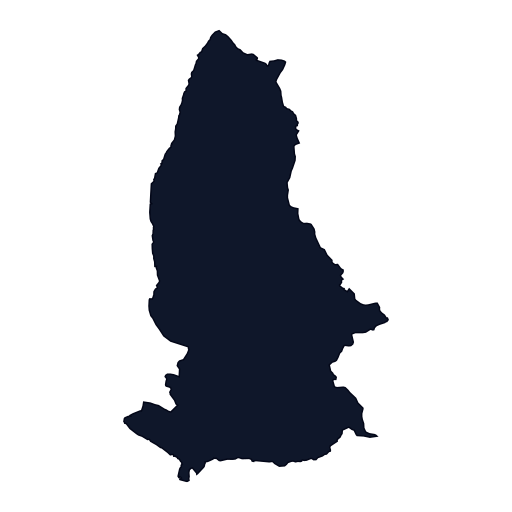 Dambovicioara, Arges, Romania
{"feature_id": "2599482B9633090752997", "entity_name": "Dambovicioara", "entity_type": "district", "adm_level": 2, "iso_a3": "ROU", "parent_name": "Romania", "parent_adm1": "Arges", "projection": "equal_earth", "projection_center": [25.229, 45.461], "detail": "fine", "context": "isolated", "style": "filled", "palette": "ink", "viewbox_px": 512, "rotation_deg": 0, "n_neighbors": 0, "source": "geoboundaries", "source_scale": "gbopen_adm2", "svg_char_len": 6058}
<svg xmlns="http://www.w3.org/2000/svg" viewBox="0 0 512 512"><path d="M376.9,436.2L375.8,435.2L374.4,434.6L369.5,433.8L366.1,432.3L365.3,431.3L363.8,428.0L363.6,423.6L362.2,419.4L361.7,416.5L361.7,413.5L362.9,408.9L362.9,408.1L357.8,403.0L355.7,398.3L349.7,392.6L347.8,390.2L345.2,387.7L343.4,387.2L337.0,387.7L335.1,387.2L334.3,386.5L332.6,380.5L333.7,379.4L335.8,379.4L336.2,377.2L335.2,376.0L333.2,374.6L332.8,373.4L330.6,371.1L329.2,364.9L332.2,362.1L334.9,361.3L336.4,360.3L338.0,357.2L339.6,353.1L341.6,351.2L342.5,348.6L344.1,345.6L345.0,345.3L348.7,345.8L350.8,345.6L352.7,344.0L353.3,342.1L351.6,334.9L351.9,333.9L355.2,332.6L362.5,332.6L365.7,332.1L370.5,329.1L372.8,329.9L373.8,329.7L374.4,327.7L376.4,325.6L379.6,324.2L384.8,322.5L385.5,321.8L386.8,321.5L388.1,319.8L387.4,318.0L386.2,318.0L384.4,315.1L381.6,313.0L379.9,311.1L379.4,309.4L379.5,307.4L377.2,303.2L375.3,303.3L368.3,305.0L365.6,305.3L363.2,304.9L360.3,303.7L355.7,300.3L354.7,299.0L354.2,293.9L349.2,288.9L347.3,291.7L344.0,289.7L344.1,288.6L342.7,288.3L339.6,285.8L339.6,284.7L340.2,284.4L341.5,282.4L341.4,280.1L343.0,279.1L340.9,276.9L340.5,275.2L342.7,272.8L343.1,271.6L343.1,270.0L341.3,269.1L340.2,268.0L337.6,264.5L335.0,264.8L332.5,263.0L331.9,262.2L331.9,260.3L327.0,255.2L324.3,249.7L320.3,247.8L315.7,237.9L314.6,234.1L314.7,232.0L314.0,229.0L311.1,224.5L310.5,224.1L306.9,223.4L303.6,223.6L301.4,222.4L299.3,220.3L298.7,218.8L297.7,213.5L297.9,208.8L293.5,207.9L291.1,206.9L289.3,205.4L287.4,197.8L287.4,195.2L288.2,190.0L287.5,187.8L287.0,182.5L289.7,177.6L291.2,170.8L292.3,168.4L295.0,160.4L295.2,156.5L294.4,154.0L293.8,146.4L294.5,145.2L295.7,144.3L299.2,143.0L297.1,138.3L296.3,135.6L296.3,134.6L298.6,130.9L296.5,129.8L295.5,128.5L295.7,127.7L295.5,126.7L296.4,125.8L297.3,125.6L297.3,124.3L298.0,123.2L298.0,122.2L296.4,120.6L296.4,118.6L295.5,115.4L293.6,113.8L292.5,111.8L291.0,111.1L289.3,109.4L286.6,108.7L285.6,107.3L284.0,106.7L283.4,106.0L282.3,102.2L281.5,97.3L281.0,95.5L280.7,91.2L279.6,88.5L275.9,82.2L275.9,81.2L276.6,79.2L280.2,72.6L282.5,69.6L284.7,64.8L285.5,62.1L284.5,61.2L281.4,60.2L277.8,59.9L274.0,61.0L270.0,61.4L269.2,63.0L268.7,65.1L268.0,65.9L267.3,66.1L266.2,64.3L264.9,63.3L256.4,60.3L256.1,59.7L257.3,58.8L257.3,57.9L253.3,54.5L251.7,54.1L247.3,54.8L243.0,52.9L240.1,49.8L237.9,48.9L236.5,47.7L235.5,46.5L234.7,44.8L232.8,42.8L231.2,40.4L227.9,36.7L225.6,34.8L222.2,33.7L219.1,30.7L215.3,32.1L212.2,35.3L210.7,37.5L210.2,39.6L208.6,41.2L207.7,43.0L205.4,46.1L202.7,48.6L201.6,51.9L200.3,52.4L198.6,54.5L197.5,55.2L198.8,57.5L198.7,58.7L196.5,61.3L196.1,63.6L195.5,64.7L194.0,69.7L193.5,70.8L191.8,72.4L191.4,74.0L191.8,76.6L191.2,77.8L189.3,79.2L188.5,80.3L189.1,83.5L188.8,85.1L186.1,88.4L186.1,91.0L184.6,91.9L183.8,93.8L183.7,94.6L182.4,98.3L182.5,100.5L181.9,103.0L181.1,105.0L179.7,107.2L179.4,109.5L180.2,112.2L179.5,114.9L178.9,115.7L178.7,117.7L177.3,124.0L175.8,126.1L175.7,128.9L175.2,131.8L175.4,136.1L174.4,140.0L171.6,143.5L171.9,144.4L171.1,145.0L170.9,147.4L169.5,148.2L166.9,151.5L166.1,153.2L165.3,154.1L163.7,159.3L162.1,160.9L162.3,161.6L161.9,162.2L162.3,163.0L162.0,163.6L160.9,163.9L161.3,164.7L161.2,165.5L158.9,168.3L157.4,172.5L156.8,173.2L155.5,173.6L154.7,178.0L153.8,179.7L154.2,181.2L151.4,183.8L150.4,202.2L151.7,203.7L150.3,204.1L149.8,212.3L150.3,218.9L151.1,221.5L152.4,223.4L153.8,226.4L153.4,227.9L153.7,229.4L153.2,230.1L153.1,233.8L152.3,235.7L153.0,240.3L153.7,241.8L153.6,242.4L152.2,244.2L152.3,248.5L152.7,253.3L153.8,255.9L153.8,258.6L154.7,261.8L154.9,266.4L156.5,266.3L156.2,267.6L157.4,270.8L157.5,275.1L159.6,280.8L159.3,282.2L156.6,285.5L157.3,287.0L157.3,288.0L155.5,289.1L154.0,291.7L153.9,295.1L153.3,296.3L153.3,297.4L152.7,298.0L152.4,299.0L149.7,298.9L149.3,299.9L149.0,306.0L149.3,310.2L150.9,315.7L152.9,318.2L156.1,324.6L159.2,328.8L163.8,335.9L170.7,341.1L187.8,346.6L188.5,347.3L188.5,348.8L189.0,349.5L187.4,353.6L183.5,359.7L179.5,361.0L178.1,362.6L177.3,365.7L179.6,369.0L179.2,376.8L173.7,374.8L170.2,374.2L167.4,374.2L165.7,375.4L165.2,376.7L166.3,377.8L166.7,379.1L166.6,380.2L166.2,380.9L165.6,384.7L165.8,385.6L166.3,386.1L169.7,387.1L170.8,388.0L171.3,389.4L169.9,392.0L169.9,392.7L170.5,393.9L170.3,394.4L174.6,400.2L176.1,404.0L177.8,405.1L170.7,412.1L168.0,411.2L166.2,410.0L164.4,409.3L158.5,405.6L155.0,404.8L150.3,403.1L143.7,402.1L143.1,406.0L141.5,410.9L140.3,410.9L133.1,413.8L130.3,415.3L130.6,416.0L129.7,415.8L128.2,416.8L127.8,416.6L124.9,417.9L124.4,418.6L123.9,421.5L124.5,422.3L124.7,423.2L126.3,423.6L130.0,428.5L136.7,433.7L138.5,434.9L142.2,436.2L147.6,439.5L149.3,439.2L150.7,441.3L156.4,444.5L160.5,447.5L161.8,447.8L167.8,452.4L170.3,454.8L172.4,454.4L173.4,454.6L173.7,456.2L175.5,456.2L176.3,457.0L177.1,457.1L177.8,458.5L179.4,459.2L180.8,461.6L181.5,462.0L181.8,462.6L181.9,464.1L182.2,464.3L181.2,465.2L181.3,466.8L180.4,467.7L179.7,469.1L178.1,476.2L178.9,477.6L179.2,477.6L179.6,476.6L179.8,476.6L181.4,477.8L181.5,478.1L180.9,478.7L180.0,478.9L179.8,479.3L180.0,479.6L186.4,481.3L187.3,481.3L189.0,480.4L188.7,478.6L189.1,476.6L188.8,472.8L189.3,469.8L191.1,468.2L192.5,468.0L196.7,473.1L196.8,474.2L197.5,473.7L203.6,467.2L204.2,466.2L204.7,463.8L205.2,463.0L205.1,461.9L207.6,461.4L210.0,460.4L213.0,459.0L213.7,458.1L215.1,458.4L216.2,458.1L219.2,460.5L220.5,460.7L227.2,459.1L232.7,459.2L235.3,458.9L237.3,457.7L238.8,457.5L242.1,458.6L249.2,458.4L251.5,459.4L252.2,461.1L253.8,461.4L254.1,460.7L256.4,460.6L269.3,461.8L272.1,461.4L273.2,461.9L274.6,463.4L279.3,466.2L284.6,465.8L286.4,464.3L287.8,462.5L291.1,461.3L293.1,461.0L295.5,461.8L297.8,461.3L300.3,461.5L302.2,460.9L301.0,461.0L302.5,460.0L304.2,460.4L306.6,460.1L310.3,458.6L311.7,458.4L313.7,459.7L316.0,459.6L317.7,457.6L322.4,455.9L324.6,454.3L326.5,454.0L328.7,451.6L330.3,451.1L330.4,450.1L329.7,447.5L330.2,445.9L337.2,441.2L337.0,440.3L338.3,438.3L338.9,438.1L340.3,436.8L340.6,435.7L342.0,433.6L342.3,430.1L348.8,427.1L351.9,429.3L354.2,430.2L356.3,434.6L357.1,435.5L363.7,435.9L369.9,437.2L376.9,436.2Z" fill="#0f172a" stroke="#020617" stroke-width="1.5"/></svg>